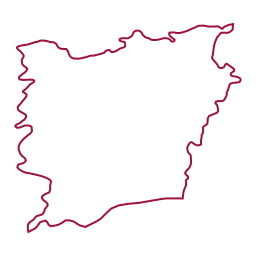 outline of Drahichyn, Brest, Belarus
{"feature_id": "67162791B13228782215285", "entity_name": "Drahichyn", "entity_type": "district", "adm_level": 2, "iso_a3": "BLR", "parent_name": "Belarus", "parent_adm1": "Brest", "projection": "robinson", "projection_center": [25.082, 52.14], "detail": "fine", "context": "isolated", "style": "outline", "palette": "rose", "viewbox_px": 256, "rotation_deg": 0, "n_neighbors": 0, "source": "geoboundaries", "source_scale": "gbopen_adm2", "svg_char_len": 4991}
<svg xmlns="http://www.w3.org/2000/svg" viewBox="0 0 256 256"><path d="M44.5,40.7L43.4,40.5L40.9,40.6L38.7,41.1L37.1,42.0L35.0,42.1L33.6,42.7L30.0,43.8L27.9,44.5L23.9,45.1L20.6,45.7L18.2,46.4L17.0,47.4L17.2,48.4L17.6,49.0L18.9,50.2L20.6,51.6L21.7,52.8L22.9,54.3L23.7,55.6L23.5,57.0L22.6,58.2L21.8,59.7L21.9,62.4L22.3,64.1L23.6,65.7L24.9,66.7L26.6,68.0L27.2,68.8L26.9,69.8L26.2,71.1L25.0,72.3L22.2,74.3L20.6,75.7L19.2,76.8L19.0,78.5L19.6,79.4L23.6,80.0L26.3,79.8L29.7,79.6L31.3,79.7L33.4,80.0L34.3,81.0L33.7,82.2L32.2,83.1L30.3,84.2L29.0,85.5L27.8,87.0L25.7,89.1L24.4,90.1L23.1,91.0L23.1,92.1L23.9,92.6L25.1,93.2L26.6,94.7L26.3,96.4L25.5,97.5L24.3,99.1L22.1,101.6L20.8,103.4L19.1,105.3L17.8,106.8L17.8,108.6L18.3,110.0L20.3,111.5L22.2,112.7L24.3,113.8L25.9,115.1L26.2,116.9L24.5,119.5L22.0,121.2L19.8,123.1L17.9,123.9L16.0,124.9L15.4,126.4L17.1,127.8L20.3,127.4L22.2,126.5L24.7,125.5L27.9,125.5L30.3,125.9L31.6,127.0L31.6,128.6L32.0,130.5L31.7,131.7L30.1,133.6L26.6,136.3L23.1,139.4L20.1,143.1L18.8,145.9L18.6,149.4L19.4,151.2L20.1,153.4L21.3,155.0L22.2,156.1L23.9,157.3L25.3,158.8L25.8,160.4L24.9,162.0L23.4,163.1L20.4,163.9L18.6,164.5L17.8,165.4L17.4,167.4L18.7,169.0L22.0,171.1L25.5,172.6L30.5,173.5L35.6,174.6L41.6,176.1L46.2,177.8L49.4,179.5L51.0,181.2L50.8,182.4L50.2,185.3L50.1,190.2L49.0,192.5L46.4,193.6L45.0,194.3L42.5,195.8L41.8,197.5L42.8,199.6L45.3,201.5L47.5,203.6L47.6,205.5L46.4,207.2L44.7,209.2L44.4,211.1L43.2,213.2L42.1,214.4L39.5,215.3L36.7,216.1L35.4,217.1L34.0,219.2L31.2,221.3L29.7,222.2L28.1,224.5L27.8,226.8L27.9,229.4L28.4,231.9L30.2,231.0L35.2,228.4L37.2,226.2L40.2,222.1L45.5,220.6L46.9,221.7L48.5,224.5L50.5,226.2L54.9,225.6L59.0,224.5L62.9,222.3L65.4,220.4L69.3,220.4L73.7,221.5L77.6,224.1L79.8,225.4L85.3,226.9L91.1,224.1L96.7,221.3L101.1,218.4L105.5,213.9L111.3,208.5L119.1,205.3L128.5,203.8L138.7,202.9L150.4,200.9L161.4,199.0L166.7,198.4L178.0,198.4L182.7,198.5L183.1,195.0L183.5,191.9L184.3,189.3L185.2,187.4L186.1,184.7L186.1,182.7L185.9,180.9L186.5,179.5L188.1,178.4L188.1,176.5L186.3,175.0L185.3,173.7L185.2,172.7L186.4,170.8L187.9,169.3L188.9,168.2L189.9,166.6L190.8,164.3L191.1,161.3L190.9,158.2L190.7,155.4L190.1,154.5L188.9,153.4L187.8,151.5L187.4,149.7L187.3,147.5L187.9,145.8L188.8,144.7L189.5,143.2L190.7,142.3L191.6,142.2L192.7,142.8L194.0,143.9L196.5,145.3L198.5,145.3L201.0,144.5L201.0,143.5L201.0,140.4L201.6,137.4L201.6,135.1L202.6,133.7L203.1,131.4L203.1,130.1L202.9,128.0L203.4,126.8L204.8,125.6L206.6,124.5L207.3,123.7L207.6,121.6L207.6,120.4L207.8,118.3L208.4,117.2L209.2,116.0L211.0,115.1L214.1,113.9L215.7,113.3L217.0,112.6L217.8,111.7L218.1,110.9L218.1,109.0L217.7,107.5L217.2,105.3L216.5,104.3L215.4,103.3L215.9,101.7L217.5,101.1L219.3,101.1L221.1,101.2L223.4,100.5L224.6,99.3L226.6,95.5L226.7,94.1L226.8,92.4L227.8,90.4L228.7,87.6L229.5,85.0L230.3,83.8L232.4,82.9L234.7,82.7L236.7,82.6L239.6,81.9L240.5,80.5L240.6,79.2L239.9,78.3L238.5,77.4L237.2,76.9L236.0,76.6L233.6,76.3L231.7,75.8L230.8,75.2L230.8,74.0L231.1,73.1L232.2,72.4L233.1,71.5L234.1,70.9L234.2,69.3L232.2,67.6L230.8,66.6L229.1,65.4L227.0,63.9L226.3,63.8L225.4,64.4L225.0,65.1L224.7,65.8L224.2,66.7L223.3,67.5L222.5,67.8L220.9,68.0L219.2,67.7L218.5,67.0L217.7,65.3L216.6,63.7L215.5,62.3L214.4,61.2L213.4,59.9L212.5,58.9L212.1,57.5L212.4,56.1L212.9,54.8L213.0,53.5L213.4,50.5L213.7,48.1L214.3,44.9L215.0,42.3L215.7,40.6L217.1,37.4L219.1,35.1L220.6,33.2L222.2,32.7L225.1,32.7L227.1,32.9L229.7,32.1L230.9,31.1L232.5,29.7L232.8,28.2L232.8,26.7L233.1,24.1L231.6,24.4L229.0,24.8L227.6,25.4L225.1,26.3L223.5,27.5L222.6,28.7L221.8,28.6L220.9,28.1L219.2,26.9L217.7,26.3L216.2,26.4L215.1,26.5L213.9,26.5L212.0,26.5L210.3,26.5L208.5,26.6L207.0,26.3L205.8,26.0L204.0,25.7L201.1,25.7L198.5,25.8L197.0,26.5L194.4,27.8L191.9,28.7L189.6,29.8L186.9,31.0L184.7,31.7L182.2,32.4L179.8,33.0L176.8,33.0L175.0,32.6L173.2,32.4L171.9,32.5L170.4,32.5L169.4,32.7L169.1,33.7L169.4,35.0L170.5,36.4L172.2,37.8L173.0,38.4L174.6,39.8L174.4,40.9L173.5,41.5L172.5,41.7L171.4,41.3L170.2,39.9L168.5,38.7L165.4,38.1L163.3,38.3L160.4,39.1L158.8,39.5L156.8,39.9L153.4,40.0L151.8,39.8L150.2,39.2L149.1,38.4L148.0,38.0L146.4,37.6L144.9,37.0L143.8,35.8L142.6,34.6L141.9,33.0L141.1,32.1L139.1,30.7L137.1,30.6L135.6,30.8L134.3,31.6L133.7,32.2L133.0,33.6L132.4,35.1L131.7,35.9L130.6,36.9L129.3,37.6L127.8,38.3L125.3,38.2L122.4,38.2L121.1,38.5L119.7,39.1L119.5,40.2L120.2,41.0L122.3,41.6L123.7,41.8L124.7,42.1L124.9,42.9L125.1,44.3L125.2,45.5L125.0,46.4L124.3,47.2L122.9,47.6L121.1,48.2L120.0,48.6L118.8,49.3L117.6,50.1L115.7,51.2L113.3,52.0L112.1,52.1L111.3,51.9L110.4,51.0L109.8,50.3L108.7,50.0L106.8,50.4L105.6,51.0L104.1,52.8L101.9,53.5L100.4,54.0L98.9,54.4L97.0,54.8L95.4,55.2L93.6,55.7L91.3,55.7L89.5,56.0L87.5,56.7L85.1,57.4L82.4,57.9L78.9,58.7L76.5,58.6L73.9,58.5L72.1,57.9L70.7,57.0L69.7,55.6L68.6,53.5L68.2,51.6L67.0,50.1L66.3,49.0L64.0,49.0L61.0,48.8L58.9,47.8L57.6,46.5L56.9,44.9L56.1,43.8L54.3,42.5L53.0,42.2L51.6,42.2L49.7,41.9L46.3,40.9L44.5,40.7Z" fill="none" stroke="#9f1239" stroke-width="2"/></svg>